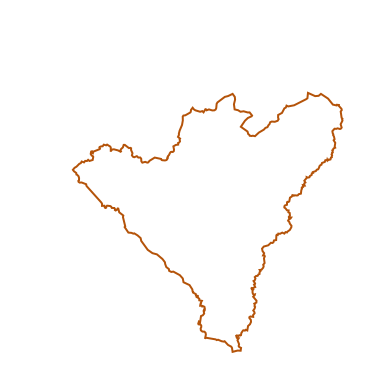 Dak Mil, Đắk Nông, Vietnam (Mercator projection), rotated 200°
{"feature_id": "81297802B8433513238207", "entity_name": "Dak Mil", "entity_type": "district", "adm_level": 2, "iso_a3": "VNM", "parent_name": "Vietnam", "parent_adm1": "Đắk Nông", "projection": "mercator", "projection_center": [107.656, 12.52], "detail": "fine", "context": "isolated", "style": "outline", "palette": "amber", "viewbox_px": 384, "rotation_deg": 200, "n_neighbors": 0, "source": "geoboundaries", "source_scale": "gbopen_adm2", "svg_char_len": 5900}
<svg xmlns="http://www.w3.org/2000/svg" viewBox="0 0 384 384"><g transform="rotate(200 192 192)"><path d="M92.0,59.5L92.6,62.3L94.6,62.5L95.5,63.2L95.7,65.1L98.6,68.3L98.1,70.6L100.0,70.3L101.3,72.0L100.8,72.6L99.1,72.6L98.6,73.6L97.5,73.7L97.0,74.2L97.4,76.4L96.7,79.3L96.0,79.8L94.9,79.8L94.4,80.9L92.7,80.8L93.5,85.3L92.3,87.5L92.1,90.1L93.0,92.0L94.9,93.1L95.3,93.9L94.6,95.0L91.8,95.6L92.5,97.2L91.7,99.5L92.3,100.5L93.9,101.6L93.3,103.8L93.4,105.6L94.2,106.1L94.5,107.7L95.3,108.4L93.7,110.1L94.2,111.9L98.7,114.5L97.8,116.5L97.9,117.3L98.9,116.6L99.6,116.9L100.6,118.0L101.5,120.3L101.1,121.2L101.9,121.5L102.6,121.2L103.2,121.9L103.0,122.3L101.9,122.5L100.1,124.3L102.0,126.2L101.4,126.7L101.4,127.6L103.7,129.4L102.9,130.3L102.8,132.4L103.9,133.5L103.0,135.1L101.7,135.6L101.4,137.2L100.5,138.1L101.1,139.6L100.6,141.0L101.7,141.9L100.1,142.7L99.2,145.3L99.3,146.9L100.2,147.9L99.5,150.1L101.7,154.3L101.6,156.5L102.2,157.1L103.5,156.7L103.3,159.2L105.4,160.5L106.8,162.7L105.9,165.3L102.1,168.0L100.5,171.3L99.0,171.6L98.3,172.5L98.4,174.5L96.5,175.6L97.9,180.2L97.7,180.8L96.7,180.9L96.7,182.4L95.0,182.8L93.3,184.7L91.0,184.5L90.4,186.3L88.9,186.5L88.8,187.3L87.1,189.8L86.6,192.9L87.0,194.3L89.2,195.7L90.3,197.1L91.9,197.9L91.7,199.2L90.4,200.7L90.1,201.9L92.2,201.2L92.5,201.8L91.9,203.3L93.0,205.7L94.5,205.9L94.9,207.7L96.5,207.3L98.5,208.6L99.9,209.0L100.3,210.2L100.1,211.1L98.4,212.5L99.2,214.9L98.8,215.5L97.8,215.7L97.4,216.6L98.0,220.2L96.6,222.0L96.6,223.4L96.0,223.6L95.0,223.3L94.4,224.0L92.2,224.6L91.4,225.1L91.0,226.4L89.1,227.7L89.9,231.1L89.8,232.9L90.3,233.3L89.9,234.8L89.2,234.9L89.1,235.4L90.0,236.4L88.4,236.7L89.4,237.8L89.3,239.0L88.7,239.7L90.3,241.0L89.0,244.6L89.3,245.2L88.1,245.1L86.7,246.0L86.7,247.3L85.4,249.0L85.8,250.5L84.7,251.4L85.2,252.1L82.8,254.0L82.4,255.6L81.2,256.5L80.9,258.7L81.1,259.7L80.5,261.2L79.7,261.9L79.8,263.7L77.5,265.7L77.6,267.4L77.0,267.8L75.8,267.8L75.9,268.6L75.5,268.2L75.4,268.8L74.7,268.7L74.4,269.4L73.7,269.4L73.0,270.0L73.2,271.7L72.5,272.5L72.9,273.2L72.8,274.2L73.7,275.1L73.4,276.0L73.8,276.7L73.3,277.6L74.4,279.1L73.8,279.8L74.0,280.9L73.7,281.6L72.6,282.6L73.4,283.4L74.2,287.2L76.6,289.1L76.1,290.4L77.6,292.7L78.9,293.8L78.9,294.5L79.9,295.4L80.9,297.2L79.7,300.2L78.0,300.7L77.0,301.6L74.5,301.8L73.7,302.6L73.4,303.7L75.5,306.5L75.0,310.5L75.7,311.3L75.6,312.2L76.8,312.9L79.8,318.5L79.3,320.2L80.0,321.3L83.4,323.1L83.7,324.0L85.7,323.5L85.7,322.8L89.5,322.3L96.1,326.3L104.4,328.3L105.9,325.7L109.1,324.2L116.9,324.8L115.6,319.5L116.6,318.1L125.7,308.4L130.9,305.3L132.7,305.5L132.7,303.5L133.8,302.2L134.5,297.1L137.4,293.8L136.5,291.2L135.5,290.1L135.9,288.2L138.2,286.3L141.1,285.5L142.4,284.3L142.4,282.1L143.0,281.0L143.3,278.7L144.9,277.4L145.8,275.2L149.5,270.7L151.9,266.0L154.1,265.7L155.1,265.0L157.0,264.6L157.6,265.3L159.0,265.7L160.5,267.8L168.4,270.0L166.6,277.1L164.8,280.7L161.9,283.5L161.7,284.4L165.1,286.5L166.8,285.8L171.1,285.5L173.9,284.0L176.6,284.6L180.2,284.2L182.6,288.8L183.1,293.5L184.3,296.0L187.4,298.1L190.9,294.5L193.7,292.6L198.7,284.9L199.0,283.3L197.9,279.1L198.0,277.6L198.9,276.4L200.8,275.6L204.3,275.4L206.2,273.8L207.2,274.5L207.7,274.4L208.4,270.8L210.0,271.5L211.8,270.2L216.7,269.9L218.5,270.3L220.2,271.4L221.0,268.9L220.6,266.8L220.9,266.0L224.5,261.8L226.2,260.9L226.5,259.7L225.1,256.1L224.3,251.6L224.6,245.4L224.3,242.3L223.8,241.2L224.0,239.0L221.5,238.1L221.7,237.4L220.6,235.4L221.1,233.9L221.8,233.3L221.2,231.8L223.3,230.7L225.1,228.5L223.4,225.7L223.1,224.1L223.8,223.0L225.1,222.7L225.7,222.2L226.1,220.9L226.2,219.0L226.8,217.6L226.6,217.0L226.9,216.5L226.4,215.7L226.9,215.2L226.5,214.4L226.9,213.3L228.2,212.4L230.8,211.7L231.5,211.7L232.3,212.5L238.8,211.6L242.5,206.9L243.3,204.8L244.1,204.3L246.3,204.3L248.7,202.6L250.0,203.4L251.2,206.0L252.5,206.7L254.2,206.0L256.1,206.8L258.2,204.9L259.4,204.9L261.0,205.9L261.2,208.1L263.6,210.6L264.2,212.3L265.0,212.4L266.3,211.7L271.3,213.3L272.3,212.9L272.2,210.3L273.4,207.9L273.5,206.7L272.6,205.9L272.9,205.4L275.7,205.8L280.0,205.4L281.6,204.6L282.1,203.0L282.4,202.9L283.5,205.9L284.3,206.7L288.0,207.5L288.6,206.5L291.1,206.3L291.6,204.4L293.0,203.8L294.2,202.7L294.2,202.0L293.3,201.3L293.4,200.7L298.5,196.2L298.4,194.5L298.9,194.6L300.0,196.0L300.6,195.5L300.2,193.1L298.7,191.9L297.4,191.8L296.8,191.2L296.3,188.1L299.0,186.1L300.6,186.7L301.3,185.2L303.0,184.7L303.6,182.9L306.1,182.9L306.4,181.0L307.5,180.0L309.2,176.3L310.6,174.6L311.5,172.1L310.0,171.1L307.3,170.3L306.6,168.9L305.8,168.9L304.0,168.0L302.9,166.5L302.2,164.3L302.6,163.5L302.0,162.7L300.8,162.4L299.0,163.2L294.1,163.1L293.4,161.8L292.5,161.2L273.6,151.1L272.5,150.2L271.8,148.2L269.7,149.1L268.5,147.5L267.8,147.4L267.3,147.9L267.5,149.3L267.1,150.1L264.2,150.8L263.0,150.6L261.9,149.6L259.5,150.4L258.5,149.6L258.3,148.7L257.4,148.5L256.6,149.4L256.2,151.1L255.6,151.2L253.4,148.0L248.5,146.4L248.3,144.8L243.0,136.9L243.3,136.0L237.9,132.1L234.9,132.9L232.9,132.8L232.1,133.4L228.3,132.6L224.5,131.1L223.0,128.7L213.8,122.5L208.2,121.0L203.6,121.4L196.8,118.9L193.4,116.7L192.6,115.2L190.5,112.7L187.4,111.7L186.5,110.1L184.1,109.8L182.3,110.8L175.0,109.7L171.1,107.6L169.1,104.3L162.5,103.7L158.4,100.6L157.5,98.9L156.8,98.6L156.7,97.9L153.4,97.3L152.9,96.0L151.4,96.3L151.6,94.9L151.0,94.8L150.5,95.4L150.0,94.7L148.6,94.1L148.1,92.7L145.5,93.1L145.8,90.6L145.4,90.1L145.7,89.5L145.4,87.9L144.0,88.4L143.3,87.9L142.9,88.5L141.1,88.4L140.0,86.7L139.6,85.3L139.7,84.6L140.4,85.0L140.4,84.2L139.0,81.9L139.7,79.8L141.1,78.5L139.7,71.6L139.8,71.0L140.2,70.9L140.6,72.6L141.2,72.7L141.1,70.4L140.6,69.9L138.5,70.3L137.6,69.6L137.1,68.2L137.2,66.7L136.3,65.0L134.5,64.4L132.5,65.0L131.1,64.3L130.2,62.8L129.7,59.3L129.3,59.3L128.8,59.9L119.3,61.6L118.1,61.3L117.0,62.1L113.1,61.9L110.9,62.3L110.3,62.9L105.8,60.6L102.2,60.1L101.1,59.2L99.2,55.7L94.9,58.6L92.0,59.5Z" fill="none" stroke="#b45309" stroke-width="2"/></g></svg>